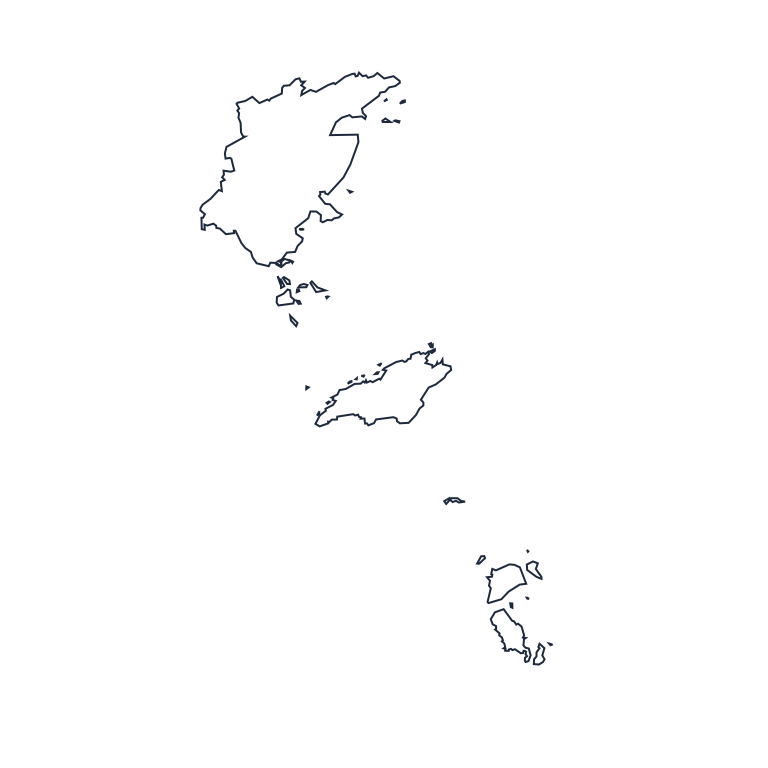 the district of Mueang Satun, Satun, Thailand, rotated 250°
{"feature_id": "78962969B14471868666252", "entity_name": "Mueang Satun", "entity_type": "district", "adm_level": 2, "iso_a3": "THA", "parent_name": "Thailand", "parent_adm1": "Satun", "projection": "albers", "projection_center": [99.766, 6.614], "detail": "fine", "context": "isolated", "style": "outline", "palette": "slate", "viewbox_px": 768, "rotation_deg": 250, "n_neighbors": 0, "source": "geoboundaries", "source_scale": "gbopen_adm2", "svg_char_len": 6159}
<svg xmlns="http://www.w3.org/2000/svg" viewBox="0 0 768 768"><g transform="rotate(250 384 384)"><path d="M591.8,265.7L590.2,268.3L595.2,269.8L593.3,272.2L593.0,278.5L590.2,280.4L588.0,279.9L586.2,282.9L578.9,286.7L577.0,294.7L579.4,295.3L578.8,296.8L565.3,298.2L558.9,300.3L553.7,304.1L547.9,303.8L541.0,305.6L534.1,316.0L536.9,318.7L534.5,324.4L531.1,326.5L530.8,328.0L533.8,328.8L535.6,326.5L536.0,330.5L540.7,337.7L538.5,345.6L543.3,350.1L546.0,355.8L548.7,357.5L555.1,352.9L560.7,354.1L565.7,369.5L571.3,373.9L569.2,379.4L564.3,382.5L558.8,380.2L556.9,381.8L557.5,387.1L555.7,390.8L556.7,393.6L556.0,398.6L557.6,402.6L561.6,398.7L571.3,394.7L573.4,390.4L582.8,387.2L583.6,388.9L586.2,389.6L585.0,394.1L583.0,394.1L581.3,396.2L591.9,416.5L601.7,427.4L620.0,442.7L627.3,444.6L636.3,418.5L646.3,428.3L648.7,435.3L648.5,443.5L645.4,445.5L643.0,454.7L639.5,456.9L641.8,458.7L646.1,456.8L650.3,457.5L656.6,477.9L659.2,480.1L658.2,484.8L661.0,490.2L660.1,496.5L661.7,502.0L663.6,502.3L670.0,498.1L671.0,488.7L678.5,484.1L676.8,479.6L677.2,473.8L680.1,472.7L680.6,469.1L685.1,467.0L682.6,464.6L682.7,462.6L685.6,462.6L686.2,460.5L686.0,452.4L682.5,440.7L684.1,439.7L684.0,433.6L681.8,420.0L685.5,415.4L683.8,405.1L687.4,407.3L689.2,411.0L693.0,408.4L695.3,412.9L696.4,409.4L700.2,409.0L700.6,405.1L697.0,397.4L698.5,391.8L697.1,389.6L691.9,387.3L690.9,375.2L689.5,373.1L691.2,371.7L690.6,363.0L698.9,358.5L697.4,350.5L698.4,342.5L697.7,341.3L692.4,342.1L691.1,339.7L688.1,340.5L684.0,338.3L678.5,338.6L669.2,335.7L664.7,336.3L664.0,338.0L660.7,317.1L655.2,313.4L650.0,312.2L649.1,316.7L647.8,317.6L635.8,316.3L635.9,312.6L639.3,306.2L635.3,305.1L633.6,302.6L630.2,304.1L629.8,299.8L620.7,297.6L622.8,295.1L617.3,284.2L614.5,274.9L612.1,271.8L610.0,270.8L604.8,273.8L602.1,270.8L602.6,269.3L591.8,265.7ZM376.5,313.1L370.0,305.9L366.2,309.1L366.1,318.2L367.7,318.6L367.0,319.8L368.4,322.7L366.7,327.6L369.3,328.9L366.2,344.7L364.3,346.1L364.0,349.2L361.6,349.3L360.6,351.0L359.4,350.1L358.3,353.8L353.3,352.7L352.8,354.5L350.5,355.2L350.6,361.2L353.4,364.4L349.6,381.5L347.2,384.1L344.5,383.5L341.6,385.5L339.1,393.9L343.9,403.4L348.8,409.0L350.3,413.6L353.1,414.7L356.6,413.3L365.4,424.8L365.9,432.5L369.3,443.0L372.1,446.2L374.2,451.9L377.9,452.5L382.3,446.0L387.0,447.3L384.5,444.3L384.4,441.2L386.0,441.3L384.0,439.5L383.0,435.2L385.3,435.8L389.5,430.1L391.1,432.9L393.9,432.0L396.6,436.5L399.2,436.5L398.1,433.1L399.6,431.6L399.6,428.7L402.0,428.1L402.4,424.2L402.2,419.6L398.7,417.6L399.2,415.3L397.7,412.8L397.7,410.9L399.8,409.2L400.5,402.9L398.7,389.8L397.7,387.8L395.9,390.7L389.3,382.1L390.6,381.2L389.6,373.9L391.5,372.2L391.2,368.4L393.7,368.3L391.9,366.4L393.6,365.3L392.3,362.3L394.1,356.4L392.4,346.3L393.5,340.2L390.0,336.6L389.2,330.0L387.9,331.4L386.5,330.3L384.6,332.9L381.8,328.9L380.7,320.5L378.8,320.3L376.5,313.1ZM155.5,414.5L143.8,406.8L142.4,407.3L141.6,420.7L146.3,430.2L149.1,442.9L147.6,449.3L165.2,449.0L169.4,444.8L171.6,440.2L170.6,425.5L173.2,422.5L168.6,419.7L167.8,420.6L166.0,419.6L167.2,414.7L162.8,416.3L158.6,413.7L155.5,414.5ZM126.5,403.9L121.0,403.9L118.2,406.5L115.5,405.6L115.3,404.4L110.0,407.3L108.5,406.3L105.5,408.1L102.5,408.1L101.8,406.7L99.1,408.3L95.2,407.9L94.7,406.0L93.6,407.6L92.0,406.6L90.6,409.9L91.8,410.6L91.6,412.8L90.0,413.7L90.0,416.3L84.1,420.6L83.7,422.6L85.5,423.9L85.2,425.0L83.7,426.0L81.9,424.6L79.3,425.3L78.4,422.7L75.8,421.8L74.3,422.0L74.2,425.0L78.9,429.0L85.9,429.6L87.9,426.7L90.6,425.6L96.4,428.3L96.9,430.3L98.2,427.9L99.9,429.7L109.0,430.3L112.9,428.0L112.7,426.0L116.6,425.0L117.5,423.5L131.5,419.4L131.5,410.1L126.5,403.9ZM497.3,311.0L493.9,311.7L490.7,326.3L493.9,328.5L497.8,326.3L504.1,327.8L505.8,325.8L503.2,320.7L502.4,313.2L497.3,311.0ZM74.1,430.9L69.6,429.0L67.4,433.6L68.4,438.4L70.4,440.7L74.8,439.9L80.9,444.4L86.7,441.3L84.1,439.1L82.5,439.8L79.8,435.6L75.8,434.1L74.1,430.9ZM166.3,463.3L165.5,456.5L160.3,454.9L150.7,461.3L147.0,465.3L149.0,466.0L158.2,463.4L162.9,467.2L166.3,463.3ZM504.2,349.4L493.6,351.7L492.0,361.0L497.5,354.5L505.1,351.3L504.2,349.4ZM534.2,329.5L530.3,328.0L530.3,326.6L534.0,323.1L529.0,327.3L531.1,333.2L530.6,336.8L532.0,338.0L535.5,333.4L534.2,329.5ZM252.0,406.7L249.6,408.2L249.6,411.7L247.0,413.8L245.7,420.0L247.8,416.4L251.6,413.9L253.8,407.7L252.0,406.7ZM188.0,419.3L188.9,416.4L183.4,410.1L182.6,411.9L185.8,419.4L188.0,419.3ZM480.3,319.2L475.5,318.3L468.4,321.2L470.9,323.6L480.3,319.2ZM518.3,325.3L511.1,327.2L510.1,329.8L513.7,330.5L518.7,326.6L518.3,325.3ZM505.7,339.2L504.1,336.5L501.5,344.1L503.2,345.9L505.4,342.9L505.7,339.2ZM510.0,323.8L518.3,322.8L509.5,320.1L510.0,323.8ZM627.9,479.8L633.0,476.1L631.9,472.5L630.7,472.4L627.9,479.8ZM254.3,406.0L253.3,400.5L250.0,401.4L252.1,405.3L254.3,406.0ZM398.9,438.0L396.7,439.6L397.8,443.2L399.3,443.7L398.9,438.0ZM406.2,439.9L402.6,440.5L401.8,442.3L404.4,443.3L404.2,442.3L406.3,442.2L406.2,439.9ZM134.8,427.6L130.9,426.9L129.7,428.1L133.9,429.5L134.8,427.6ZM492.5,330.0L488.5,331.1L488.0,333.2L490.9,332.9L492.5,330.0ZM517.0,321.8L521.8,320.9L515.7,320.8L517.0,321.8ZM643.3,500.6L643.7,498.2L642.1,494.8L641.8,500.0L643.3,500.6ZM502.3,334.5L500.1,333.4L500.2,336.2L501.9,336.2L502.3,334.5ZM625.7,488.4L627.9,484.8L627.7,483.7L624.6,487.5L625.7,488.4ZM408.3,310.2L405.7,309.2L406.6,312.1L408.3,310.2ZM577.8,416.8L575.3,417.5L575.6,419.6L577.8,416.8ZM650.7,483.7L649.6,480.6L650.0,483.8L650.7,483.7ZM396.7,350.0L397.1,354.2L397.8,354.4L398.0,352.5L396.7,350.0ZM378.1,312.7L380.5,314.0L377.3,310.2L378.1,312.7ZM396.9,382.9L397.4,381.3L396.4,379.0L395.7,381.5L396.9,382.9ZM385.9,323.6L384.7,324.1L385.6,327.0L386.4,326.2L385.9,323.6ZM531.5,338.9L529.1,339.3L530.0,340.4L531.5,338.9ZM403.9,385.3L402.7,386.3L404.3,388.8L403.9,385.3ZM556.5,361.7L557.8,360.2L558.5,357.3L557.4,358.5L556.5,361.7ZM83.6,450.4L81.6,451.1L81.6,452.6L82.1,452.5L83.6,450.4ZM399.1,368.9L398.8,367.3L399.6,365.5L397.9,367.3L399.1,368.9ZM485.8,359.4L484.2,359.5L485.1,361.7L485.6,360.9L485.8,359.4ZM177.4,462.4L179.2,461.6L177.1,461.8L177.4,462.4ZM397.7,360.0L398.8,360.5L398.2,359.0L397.7,360.0ZM132.4,446.7L134.1,445.7L134.4,445.0L133.3,445.2L132.4,446.7Z" fill="none" stroke="#1e293b" stroke-width="2"/></g></svg>